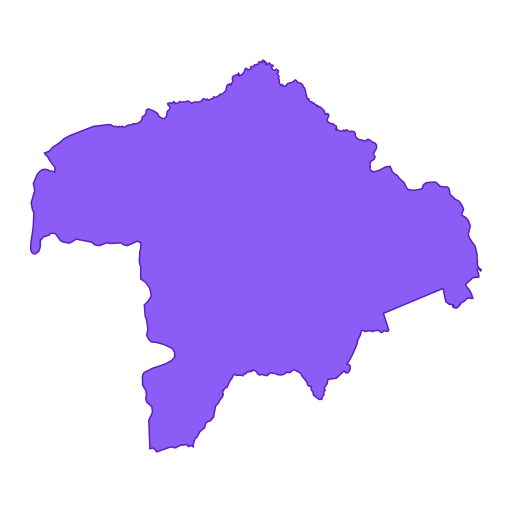 outline of Daffiama Bussie Issa, Upper West, Ghana
{"feature_id": "2480657B92911606303429", "entity_name": "Daffiama Bussie Issa", "entity_type": "district", "adm_level": 2, "iso_a3": "GHA", "parent_name": "Ghana", "parent_adm1": "Upper West", "projection": "robinson", "projection_center": [-2.277, 10.369], "detail": "fine", "context": "isolated", "style": "filled", "palette": "violet", "viewbox_px": 512, "rotation_deg": 0, "n_neighbors": 0, "source": "geoboundaries", "source_scale": "gbopen_adm2", "svg_char_len": 5978}
<svg xmlns="http://www.w3.org/2000/svg" viewBox="0 0 512 512"><path d="M472.8,298.4L471.5,293.9L468.8,289.1L466.1,286.2L465.8,284.2L472.9,277.7L478.8,277.0L478.6,274.0L477.0,269.7L477.8,268.6L478.4,268.5L480.6,270.9L481.3,269.9L478.4,267.3L477.5,265.2L477.2,262.8L477.6,261.1L476.9,258.4L477.1,254.8L475.2,246.4L469.5,238.1L468.5,235.3L468.4,233.6L470.3,225.9L468.6,221.1L466.3,218.0L461.9,215.1L461.8,213.8L463.6,209.5L462.3,206.0L459.3,201.3L455.2,199.2L450.0,194.2L449.6,190.6L448.4,187.8L447.4,187.1L440.4,186.5L436.1,182.3L432.2,182.1L426.1,182.8L423.4,184.7L422.3,188.2L420.8,189.2L413.9,190.3L408.7,189.7L406.8,188.2L404.0,182.6L399.4,178.4L397.5,175.7L393.5,173.1L392.4,171.8L390.1,166.3L385.3,167.0L380.2,169.9L374.1,171.8L370.9,170.7L369.9,168.9L370.3,166.6L369.9,165.2L370.4,162.3L370.7,161.5L373.9,159.4L374.9,157.8L375.0,156.6L373.8,155.1L373.6,153.3L376.6,148.1L376.4,144.8L375.1,143.1L373.7,142.8L368.4,139.3L366.8,139.6L366.3,140.9L365.5,141.0L358.2,139.3L355.8,136.8L355.2,135.5L355.3,133.8L354.3,131.8L351.9,131.1L349.9,131.8L346.3,129.7L345.0,131.1L343.8,130.0L343.0,131.2L341.7,130.9L340.1,131.4L338.0,130.0L335.8,129.9L335.6,129.3L336.8,128.6L336.3,126.1L334.1,125.0L332.7,123.5L331.5,123.8L329.0,122.7L327.3,121.0L327.1,119.3L328.8,116.1L328.5,114.2L326.8,113.5L325.3,114.4L324.0,110.6L320.6,107.3L318.6,106.4L318.0,106.8L317.7,105.8L316.9,106.1L316.4,105.0L314.9,104.5L313.9,103.0L312.5,103.2L311.8,101.8L310.7,101.8L308.8,100.6L308.8,98.8L307.5,99.0L306.6,97.3L306.9,96.1L306.2,94.8L304.9,88.9L304.3,87.7L303.2,87.0L302.7,84.7L300.2,83.0L297.6,82.3L296.3,80.5L295.1,79.9L292.9,82.0L287.5,83.6L285.1,86.5L283.0,86.1L283.1,85.3L282.2,85.5L281.8,84.5L280.8,85.2L279.2,83.0L279.3,79.8L278.5,78.8L279.0,76.5L277.2,73.5L278.4,72.1L278.4,70.6L276.3,69.2L274.9,70.3L272.6,69.7L271.5,67.2L272.3,66.1L273.2,66.0L272.7,65.1L271.1,65.2L269.3,62.9L268.1,64.3L266.3,64.6L266.0,64.2L266.7,63.2L265.4,61.8L264.6,62.2L264.3,60.8L263.1,60.1L262.3,60.5L262.4,62.3L261.4,62.0L260.7,62.6L259.6,61.7L258.5,62.6L258.0,64.6L256.4,64.4L254.9,65.5L254.5,64.9L253.6,66.4L250.9,66.6L250.9,68.9L247.9,69.8L246.2,68.3L245.4,68.4L243.9,72.4L241.6,74.9L238.6,75.8L239.1,74.0L238.4,73.2L237.8,74.8L236.5,74.8L233.2,76.2L232.2,78.3L233.0,80.7L231.0,84.8L230.7,85.0L229.8,83.8L227.5,84.9L226.5,86.8L226.0,90.6L222.2,94.1L219.7,94.4L219.4,95.4L218.3,95.8L217.5,96.8L215.5,97.3L213.5,96.9L213.0,98.3L209.0,99.9L207.6,99.8L207.0,99.1L205.2,99.8L204.4,98.9L203.0,98.9L201.4,101.1L197.9,102.3L196.1,101.9L193.7,102.2L191.6,103.3L188.4,101.0L186.2,101.3L184.6,102.2L183.6,101.8L181.7,102.2L179.6,101.5L178.6,102.6L176.0,103.5L173.6,101.6L172.8,102.8L171.4,103.5L170.3,102.8L167.8,103.5L168.0,104.9L170.1,107.1L170.0,107.7L169.4,109.5L167.3,111.4L166.4,116.9L164.4,118.6L162.0,118.3L159.7,116.9L158.3,115.3L157.6,113.5L153.6,110.8L148.1,108.8L146.2,110.4L146.2,112.6L145.5,114.4L142.2,117.2L142.0,119.3L141.3,120.4L139.7,122.3L135.8,124.0L133.6,123.6L131.7,124.7L127.3,125.4L125.3,127.0L123.9,127.3L122.5,126.3L120.2,126.9L119.2,126.4L117.7,127.2L116.4,126.4L114.5,126.6L112.7,126.0L110.6,124.6L108.3,124.6L93.4,126.4L69.7,135.7L63.7,139.0L59.9,142.5L52.5,147.4L50.2,150.3L47.6,151.9L44.5,152.9L46.2,155.7L47.5,156.3L49.4,160.0L55.0,167.5L54.7,172.2L51.5,171.0L49.7,171.2L48.2,169.9L45.5,169.3L42.7,169.5L40.5,170.8L37.4,174.0L33.3,183.5L34.8,190.2L31.2,202.8L32.4,209.3L33.9,212.8L33.2,227.0L31.0,242.2L30.7,247.6L30.8,250.1L31.7,252.2L33.3,253.6L35.1,254.0L38.8,251.3L40.3,246.8L40.3,239.8L41.2,239.8L42.7,237.6L44.1,236.6L49.1,235.2L50.2,233.6L51.2,233.3L54.6,233.4L55.8,234.1L60.3,240.5L63.1,242.0L69.0,243.1L71.3,242.3L76.2,239.1L91.8,242.2L94.9,244.9L99.4,245.6L106.9,242.7L110.5,243.5L121.2,242.8L123.6,244.8L127.4,245.6L137.3,241.2L140.9,242.8L140.7,248.3L139.8,251.5L139.3,262.3L140.8,267.1L140.7,279.0L145.2,282.0L147.6,285.1L149.7,288.3L151.3,294.7L150.3,297.9L147.5,301.9L144.3,304.9L145.2,316.3L146.4,318.9L147.9,328.9L146.7,335.2L148.5,339.1L151.3,341.8L157.2,342.6L164.8,344.8L172.6,348.7L174.6,352.5L174.6,357.0L171.6,360.5L164.6,364.3L152.5,368.3L145.2,371.9L143.2,373.5L142.4,377.3L142.7,385.2L145.9,390.6L146.4,394.9L145.8,398.6L146.7,402.2L150.9,405.8L151.9,407.3L152.4,411.2L152.2,413.1L148.8,420.1L149.9,448.8L152.3,448.1L154.2,448.7L156.8,451.9L169.8,447.2L172.4,447.0L174.2,447.8L175.9,447.8L176.3,447.1L179.4,446.0L180.2,444.9L182.4,445.2L186.1,444.6L187.9,445.5L188.2,446.4L188.9,446.6L189.6,445.7L191.4,445.7L193.3,446.8L193.4,443.8L195.0,438.8L197.0,437.0L199.8,431.8L204.6,427.7L205.8,423.3L207.4,421.7L210.0,420.9L211.8,419.3L212.6,417.7L213.5,417.5L215.6,406.1L218.7,402.8L219.3,401.0L222.7,396.5L223.2,394.4L222.5,390.8L223.6,390.6L224.0,389.0L227.2,387.1L230.0,380.6L231.4,379.2L233.8,374.4L234.6,374.3L236.0,375.3L241.4,375.2L242.9,375.8L244.2,374.1L245.0,373.5L245.6,373.8L247.5,371.7L249.4,371.8L249.9,370.9L250.8,371.5L251.9,371.2L253.1,369.8L256.4,371.5L257.7,374.0L260.0,375.1L260.8,374.3L266.8,375.7L270.6,372.7L273.3,373.5L274.6,373.2L277.4,374.6L280.3,375.0L283.5,374.5L287.1,372.1L289.8,372.6L293.8,369.5L300.7,373.2L302.0,376.0L307.2,382.4L307.1,383.8L308.4,385.9L311.4,386.6L311.1,389.4L312.8,391.9L313.6,395.3L319.1,399.5L320.7,399.0L321.3,399.5L322.1,398.6L321.9,397.3L324.0,394.8L323.8,392.0L325.2,390.2L324.4,389.0L324.4,387.7L327.0,384.0L328.1,379.3L336.2,378.3L343.9,371.1L346.0,372.9L348.0,372.6L349.1,371.5L350.3,368.6L350.2,366.0L349.1,364.7L347.1,364.1L351.7,356.2L355.1,348.7L357.1,343.8L357.8,340.0L360.2,335.4L361.5,330.6L364.0,330.6L364.8,331.5L368.5,330.8L372.7,331.2L373.0,331.6L374.0,330.7L377.1,330.6L378.0,329.8L380.9,332.4L382.4,332.3L383.5,330.7L387.5,331.4L388.4,330.8L388.3,330.1L388.7,329.9L383.4,313.4L443.0,288.4L445.8,301.6L449.3,304.4L451.5,304.3L453.6,305.1L453.8,306.0L452.6,305.8L452.8,306.7L453.6,307.5L455.4,307.7L455.9,308.3L458.4,306.9L459.0,305.4L460.3,304.7L460.2,304.0L461.1,302.9L464.9,300.8L467.1,298.1L468.5,298.3L469.5,297.8L471.3,298.5L472.8,298.4Z" fill="#8b5cf6" stroke="#5b21b6" stroke-width="1.5"/></svg>